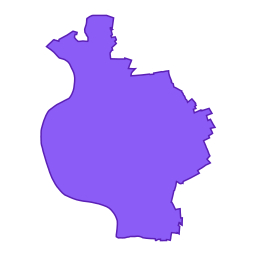 the district of Khoai Chau, Hưng Yên, Vietnam
{"feature_id": "81297802B59998896925567", "entity_name": "Khoai Chau", "entity_type": "district", "adm_level": 2, "iso_a3": "VNM", "parent_name": "Vietnam", "parent_adm1": "Hưng Yên", "projection": "robinson", "projection_center": [105.98, 20.831], "detail": "fine", "context": "isolated", "style": "filled", "palette": "violet", "viewbox_px": 256, "rotation_deg": 0, "n_neighbors": 0, "source": "geoboundaries", "source_scale": "gbopen_adm2", "svg_char_len": 5228}
<svg xmlns="http://www.w3.org/2000/svg" viewBox="0 0 256 256"><path d="M210.4,119.3L208.0,120.5L207.2,118.2L206.5,115.5L210.3,114.0L212.0,113.4L209.1,108.4L204.0,110.0L201.9,110.7L201.7,110.2L200.8,110.6L200.6,110.1L197.0,111.7L194.3,112.8L193.4,109.3L195.9,108.5L194.7,106.6L196.1,105.4L195.5,104.8L195.7,104.5L195.3,103.6L195.6,103.3L195.4,103.0L194.0,101.3L191.9,98.9L187.6,102.3L187.1,100.9L186.8,100.2L186.3,99.6L185.9,99.4L185.6,99.0L185.4,98.7L185.2,98.1L185.1,97.6L184.8,96.9L184.5,96.2L184.1,95.7L183.7,95.3L183.5,95.0L183.3,94.6L183.2,94.2L183.1,93.8L182.9,93.4L182.6,92.9L182.2,92.5L181.9,92.1L181.8,91.8L181.8,91.3L181.8,91.0L180.9,90.7L180.2,90.3L178.8,89.5L176.1,88.0L173.8,86.9L173.2,83.7L172.8,83.5L172.2,83.1L171.9,82.8L171.4,82.3L171.2,81.8L171.6,81.3L169.7,76.6L169.0,74.2L168.7,72.5L168.6,70.8L167.5,71.0L166.2,71.1L164.6,71.4L163.3,71.7L162.3,71.8L161.5,71.7L153.7,73.1L153.7,74.2L149.9,74.5L149.5,74.1L141.6,75.0L134.4,75.6L131.0,75.8L131.2,74.1L131.5,72.9L132.7,71.4L135.3,68.7L133.6,68.8L128.4,68.5L129.6,65.0L131.0,61.7L131.5,60.2L125.3,58.2L124.8,58.1L124.9,59.0L124.3,59.0L118.0,59.0L110.7,58.8L110.5,57.7L110.3,55.8L110.1,54.3L110.1,52.9L111.2,51.2L111.5,50.4L112.3,50.3L112.7,50.1L111.9,47.5L112.8,46.7L114.5,45.2L116.3,43.5L114.7,41.2L116.3,40.0L116.3,39.5L115.9,38.7L115.2,36.9L112.4,37.3L111.6,37.5L110.9,35.9L112.3,34.7L111.1,30.3L112.5,29.5L111.6,29.0L111.0,28.9L110.4,28.9L110.3,27.8L111.0,27.6L111.7,27.8L112.2,28.0L113.6,17.9L112.0,17.3L109.9,16.6L106.6,15.4L96.4,15.4L93.1,15.4L91.9,15.6L89.4,16.8L87.9,17.9L87.3,18.2L87.3,18.6L86.9,18.7L86.7,19.8L86.6,22.4L86.5,22.6L86.4,23.6L86.1,24.8L85.8,25.7L85.0,28.1L84.7,29.3L84.7,29.9L84.8,30.7L84.9,31.8L85.0,32.5L86.5,34.6L86.3,34.9L88.0,37.3L88.0,39.4L88.0,40.7L87.7,41.3L85.9,41.3L84.1,41.1L82.9,41.0L80.4,41.3L78.1,41.4L76.2,39.7L74.5,37.5L74.6,36.1L75.2,34.3L76.6,34.5L76.9,33.6L77.1,32.4L74.4,31.6L73.0,31.2L67.1,35.1L59.1,39.4L58.8,41.2L58.1,41.0L56.5,40.5L54.4,40.0L54.1,39.7L53.5,39.9L52.2,41.2L48.6,44.5L46.5,46.6L51.1,49.9L53.8,52.1L55.5,53.9L57.0,55.6L59.0,57.7L60.0,58.2L61.5,58.6L62.9,59.0L64.5,59.5L67.0,61.1L68.2,62.1L69.6,63.9L70.5,65.8L71.6,68.2L72.5,69.9L72.7,70.3L73.8,72.9L74.4,75.4L74.6,77.2L74.7,77.6L74.7,79.6L74.6,81.8L74.4,83.7L74.2,85.4L73.9,88.0L73.2,90.8L71.9,94.0L70.8,96.0L69.5,97.9L68.6,98.6L64.6,100.6L62.2,101.9L59.1,103.5L57.1,104.5L54.6,106.2L52.1,108.1L51.6,108.5L51.1,108.8L49.1,110.4L48.0,111.8L46.9,113.7L45.9,115.6L44.7,118.6L43.7,121.1L43.5,121.8L42.6,124.8L41.5,128.8L41.2,130.4L41.1,132.2L41.1,133.7L41.1,134.6L41.1,135.0L41.0,136.6L41.1,138.9L41.1,140.3L41.2,141.8L41.2,142.0L41.2,142.9L41.3,143.8L41.6,145.3L42.0,146.5L42.5,148.3L42.8,149.8L43.1,151.1L43.5,152.5L45.9,160.6L46.8,163.6L47.2,164.6L47.7,166.2L48.1,167.4L48.5,168.4L49.7,172.2L51.9,177.7L53.2,180.2L55.6,184.6L55.8,184.8L57.1,186.8L58.0,187.8L58.7,188.7L60.3,190.6L62.3,192.8L64.2,194.4L64.4,194.6L65.4,195.2L65.6,195.3L66.2,195.5L69.7,197.1L72.8,198.4L76.6,199.7L79.6,200.4L83.3,201.1L89.0,201.8L91.9,202.3L96.3,203.3L97.6,203.6L98.1,203.6L103.0,205.2L106.6,206.6L109.0,208.0L110.4,209.2L111.5,210.3L113.7,213.0L115.3,215.6L116.1,217.4L116.6,218.7L117.3,220.8L117.3,221.2L117.4,223.9L117.1,228.6L116.6,232.8L116.3,234.8L116.3,236.2L116.3,236.7L117.6,237.5L118.5,237.9L120.1,237.8L122.5,237.9L124.7,237.8L127.5,237.1L128.9,237.0L129.8,236.6L130.6,236.5L135.2,236.5L135.8,236.3L136.6,236.3L137.8,236.2L138.8,236.3L140.3,236.6L141.7,237.1L142.8,237.7L146.2,238.2L148.6,238.4L151.3,238.6L152.5,238.6L154.2,238.7L154.9,238.7L155.2,238.8L155.4,239.0L155.4,239.4L155.5,239.8L155.4,240.1L155.5,240.3L155.7,240.5L155.9,240.5L156.4,240.4L157.4,239.7L158.5,239.3L159.6,239.3L160.5,239.2L160.5,240.6L166.0,240.5L166.5,240.5L166.5,239.6L168.0,239.7L169.1,240.0L170.2,240.3L170.5,239.2L170.7,238.1L170.8,236.8L171.0,235.8L171.2,234.5L171.4,233.5L171.4,233.4L171.6,232.7L172.1,232.7L173.3,232.8L174.3,232.8L175.2,233.0L177.0,233.3L177.2,232.6L179.1,233.9L179.3,230.9L179.7,226.4L178.3,225.4L178.7,223.9L179.1,222.5L179.3,222.5L180.0,222.9L180.4,223.0L180.2,224.1L182.1,225.2L182.1,223.8L182.1,223.2L182.2,220.7L182.3,217.9L180.7,217.9L180.6,216.9L180.5,215.4L180.3,213.0L180.2,210.5L180.1,208.7L177.7,209.1L176.7,209.3L175.9,209.5L175.5,209.6L174.4,207.4L173.2,204.8L171.9,202.4L171.2,202.2L171.9,199.4L172.7,196.0L173.4,193.0L173.7,191.1L173.8,190.8L174.1,190.6L174.4,190.5L175.8,185.8L176.3,182.5L176.5,181.5L177.5,181.9L178.7,182.8L179.2,183.2L179.8,183.5L180.2,183.6L180.6,183.7L181.0,183.6L181.3,183.6L181.6,183.4L181.9,183.2L182.3,183.2L182.9,183.4L183.0,182.7L183.1,181.9L183.2,181.7L183.4,181.4L184.1,181.0L186.9,179.7L190.6,177.9L199.3,173.2L197.6,170.6L198.6,169.9L200.4,168.7L201.3,168.2L201.8,167.9L202.7,167.3L203.7,166.6L204.6,166.0L205.3,165.4L205.8,165.1L206.4,164.8L207.3,164.4L208.4,163.9L209.4,163.4L210.3,162.9L209.8,162.3L208.9,161.3L207.6,159.9L207.0,159.1L207.5,158.6L209.9,155.9L208.9,153.9L208.3,152.2L207.8,150.8L206.9,148.7L206.4,147.8L205.7,145.8L203.7,141.1L203.6,140.7L205.0,140.0L209.5,137.8L208.7,135.7L209.7,135.1L210.8,134.5L212.1,133.7L212.6,133.3L212.0,131.8L211.3,130.3L210.7,129.2L210.4,128.4L210.8,128.3L212.9,127.8L215.0,127.4L213.0,124.1L210.4,119.3Z" fill="#8b5cf6" stroke="#5b21b6" stroke-width="1.5"/></svg>